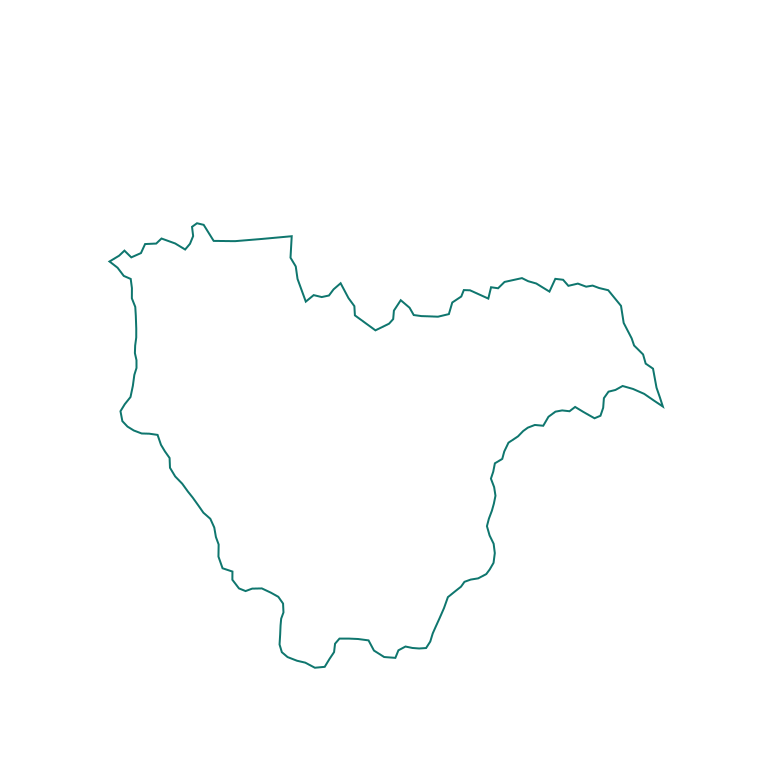 the district of Monte Sião, Minas Gerais, Brazil, rotated 149°
{"feature_id": "56859067B91379037396380", "entity_name": "Monte Sião", "entity_type": "district", "adm_level": 2, "iso_a3": "BRA", "parent_name": "Brazil", "parent_adm1": "Minas Gerais", "projection": "equal_earth", "projection_center": [-46.525, -22.428], "detail": "fine", "context": "isolated", "style": "outline", "palette": "teal", "viewbox_px": 768, "rotation_deg": 149, "n_neighbors": 0, "source": "geoboundaries", "source_scale": "gbopen_adm2", "svg_char_len": 2554}
<svg xmlns="http://www.w3.org/2000/svg" viewBox="0 0 768 768"><g transform="rotate(149 384 384)"><path d="M617.3,309.2L610.5,301.3L614.8,294.3L613.6,283.5L609.3,277.8L602.4,276.5L594.0,271.7L588.5,263.5L584.2,256.0L583.6,247.8L587.8,240.0L593.0,235.8L597.1,230.2L602.0,222.8L607.7,214.5L609.7,206.7L607.3,199.6L601.1,191.6L595.0,185.7L589.4,176.4L580.5,172.1L572.3,176.4L564.9,179.9L559.7,186.6L553.3,188.7L545.6,184.1L537.6,178.8L529.3,172.2L529.9,160.7L524.5,149.9L515.3,143.4L508.8,148.3L500.8,147.9L495.6,143.1L490.1,139.2L483.9,136.0L477.0,139.4L470.7,145.1L465.0,149.1L456.6,154.9L448.0,161.0L439.0,168.4L428.8,169.8L422.4,170.6L416.9,173.0L410.4,171.7L403.4,168.9L394.2,168.4L388.9,170.6L382.2,174.3L376.1,182.0L372.3,190.6L371.5,199.8L369.0,209.1L363.5,214.5L356.8,219.8L351.5,224.8L346.0,230.8L342.7,238.9L341.1,247.8L335.5,252.6L329.8,258.9L321.2,258.9L315.7,264.2L307.5,269.6L296.1,270.1L288.9,272.0L283.2,272.5L275.8,271.2L269.0,266.2L259.9,271.2L251.3,272.0L244.9,269.6L239.0,265.1L232.0,265.9L227.3,257.0L221.2,246.2L214.8,245.3L208.4,250.7L202.8,258.6L195.5,261.8L188.7,259.7L180.5,259.4L173.1,251.5L166.1,241.6L160.9,230.2L156.6,221.1L154.4,230.5L152.3,240.5L145.5,258.6L149.2,266.7L146.7,275.9L149.8,288.2L148.2,295.6L147.1,312.9L140.6,328.9L143.5,348.9L150.2,355.5L154.5,360.9L160.6,363.3L166.1,370.2L175.4,373.2L176.8,381.1L183.0,385.9L194.6,378.0L201.7,391.7L207.5,397.9L211.2,403.7L221.6,407.2L228.1,409.4L236.9,407.3L242.4,411.8L250.6,403.5L262.0,420.0L267.2,423.4L272.7,419.2L283.5,418.7L292.4,410.5L303.1,413.9L310.7,418.9L316.9,422.9L323.0,427.8L322.8,436.2L326.5,447.2L337.7,441.8L342.7,434.9L348.6,433.1L363.7,434.4L373.6,457.8L369.3,466.0L370.2,475.9L369.3,492.7L378.5,491.1L385.6,488.2L392.6,490.6L398.5,496.4L408.6,494.9L404.0,518.6L399.1,530.2L399.1,540.4L387.0,558.2L414.1,571.3L438.2,583.2L456.3,594.4L456.6,613.3L461.5,618.1L467.6,617.6L471.4,609.1L478.1,604.1L485.2,601.7L490.6,612.0L499.8,623.3L506.9,621.7L516.7,627.0L524.9,621.4L535.4,622.7L537.8,632.0L545.0,630.4L556.2,630.4L552.5,620.9L551.4,610.7L547.0,604.5L550.7,596.0L556.0,587.3L557.5,578.2L561.5,570.5L567.7,559.3L572.4,551.5L577.5,545.1L581.6,538.8L583.9,531.9L587.9,525.2L593.3,520.4L600.2,511.8L608.0,503.4L616.6,500.2L623.9,496.4L627.4,486.9L625.8,479.6L622.4,473.0L617.2,466.4L610.8,462.3L604.3,457.0L606.5,446.7L606.5,439.1L605.9,431.0L610.6,422.4L610.6,412.3L608.3,402.4L607.5,392.9L606.5,385.4L605.7,375.6L605.1,366.7L602.3,357.9L603.4,348.4L606.9,339.4L608.4,331.6L614.8,321.3L617.3,309.2Z" fill="none" stroke="#0f766e" stroke-width="2"/></g></svg>